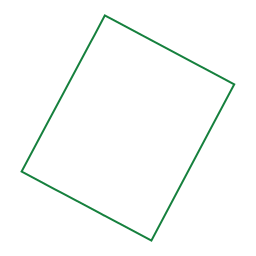 Rock, Minnesota, United States of America (orthographic projection), rotated 28°
{"feature_id": "52423323B22497914926467", "entity_name": "Rock", "entity_type": "district", "adm_level": 2, "iso_a3": "USA", "parent_name": "United States of America", "parent_adm1": "Minnesota", "projection": "orthographic", "projection_center": [-96.325, 43.675], "detail": "fine", "context": "isolated", "style": "outline", "palette": "green", "viewbox_px": 256, "rotation_deg": 28, "n_neighbors": 0, "source": "geoboundaries", "source_scale": "gbopen_adm2", "svg_char_len": 385}
<svg xmlns="http://www.w3.org/2000/svg" viewBox="0 0 256 256"><g transform="rotate(28 128 128)"><path d="M54.7,39.5L54.8,62.0L54.7,68.9L54.6,120.5L54.6,127.9L54.5,160.9L54.5,162.1L54.5,171.9L54.5,172.5L54.5,216.4L92.0,216.5L99.0,216.4L144.3,216.4L148.0,216.5L148.1,216.4L201.5,216.4L201.3,84.2L201.3,39.6L196.8,39.6L54.7,39.5Z" fill="none" stroke="#15803d" stroke-width="2"/></g></svg>